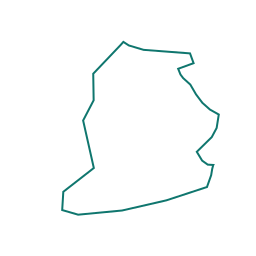 SVG path tracing the border of Hartlepool, rotated 340°
{"feature_id": "GBR-2030", "entity_name": "Hartlepool", "entity_type": "Unitary Authority", "adm_level": 1, "iso_a3": "GBR", "parent_name": "United Kingdom", "parent_adm1": "", "projection": "mercator", "projection_center": [-1.233, 54.666], "detail": "fine", "context": "isolated", "style": "outline", "palette": "teal", "viewbox_px": 256, "rotation_deg": 340, "n_neighbors": 0, "source": "natural_earth", "source_scale": "10m", "svg_char_len": 569}
<svg xmlns="http://www.w3.org/2000/svg" viewBox="0 0 256 256"><g transform="rotate(340 128 128)"><path d="M153.1,45.5L157.0,50.7L169.4,59.9L211.8,79.1L211.8,89.5L195.4,89.5L195.6,95.7L196.9,100.0L201.4,108.5L203.4,119.6L206.5,129.8L211.3,138.7L217.9,146.4L211.3,158.3L203.6,165.2L184.5,173.9L186.5,184.0L190.4,189.7L195.5,191.9L195.4,192.0L193.1,195.3L190.0,200.8L182.0,210.5L180.1,210.4L139.3,209.1L94.2,203.5L51.5,192.4L38.1,182.6L45.4,165.8L82.2,153.9L88.4,105.6L105.2,90.2L113.9,65.1L149.8,47.3L153.1,45.5Z" fill="none" stroke="#0f766e" stroke-width="2"/></g></svg>